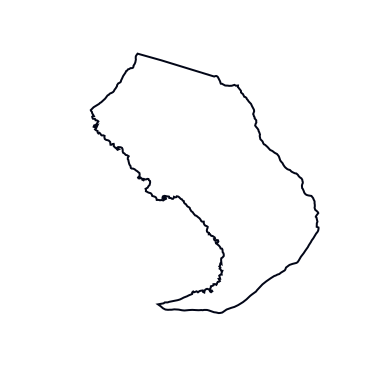 Naviraí, Mato Grosso do Sul, Brazil (Albers equal-area conic projection), rotated 30°
{"feature_id": "56859067B65358919178555", "entity_name": "Naviraí", "entity_type": "district", "adm_level": 2, "iso_a3": "BRA", "parent_name": "Brazil", "parent_adm1": "Mato Grosso do Sul", "projection": "albers", "projection_center": [-54.032, -23.101], "detail": "fine", "context": "isolated", "style": "outline", "palette": "ink", "viewbox_px": 384, "rotation_deg": 30, "n_neighbors": 0, "source": "geoboundaries", "source_scale": "gbopen_adm2", "svg_char_len": 6035}
<svg xmlns="http://www.w3.org/2000/svg" viewBox="0 0 384 384"><g transform="rotate(30 192 192)"><path d="M294.3,252.9L295.1,250.9L297.2,246.2L297.4,244.5L299.2,236.8L301.0,232.2L303.4,227.1L305.3,223.5L306.2,222.6L307.2,220.9L308.6,219.4L309.4,217.3L311.4,213.7L311.6,212.7L311.2,210.4L312.9,206.4L315.0,204.0L317.8,201.3L318.5,200.1L318.7,198.1L318.7,193.6L319.3,189.2L319.5,185.9L319.9,181.8L319.8,179.8L320.0,175.6L319.9,174.1L320.2,171.5L320.3,165.7L320.6,164.4L320.6,162.5L320.0,160.6L319.3,159.5L317.4,159.8L315.7,156.6L315.5,155.0L313.3,152.7L312.6,151.9L311.6,151.6L311.5,150.3L311.9,147.1L311.2,146.6L309.9,146.2L307.6,145.8L306.7,145.0L306.0,144.3L305.6,143.1L305.0,142.1L304.4,141.2L303.7,140.4L303.1,139.2L302.3,138.4L301.1,137.7L300.1,136.8L297.4,135.7L294.5,136.8L292.9,137.2L291.5,137.2L290.4,136.8L289.5,136.4L288.4,135.4L286.5,134.0L285.5,133.6L284.1,131.7L283.6,130.2L283.5,129.0L283.0,128.0L282.2,127.3L281.4,126.3L280.0,125.5L278.4,125.4L277.4,125.2L276.2,124.8L275.1,124.2L273.1,123.8L272.2,124.2L271.4,124.4L268.6,124.6L267.5,124.5L266.6,124.2L265.7,124.0L264.3,124.4L263.0,124.5L260.6,124.1L259.4,123.7L257.2,122.6L256.1,121.8L253.9,121.1L252.6,120.5L250.1,118.3L249.2,117.6L246.7,116.6L243.9,116.7L241.2,116.3L238.6,116.5L235.0,115.3L231.8,114.6L230.4,114.7L229.4,114.2L228.6,113.5L227.5,112.8L224.8,112.1L222.6,109.6L222.2,108.3L220.3,106.6L219.3,106.0L218.3,104.9L216.8,104.2L214.8,103.5L213.5,102.9L213.0,101.1L213.0,99.7L212.4,98.9L211.8,97.8L210.8,97.4L209.5,97.0L208.9,96.0L207.8,95.5L207.1,94.7L206.0,93.9L205.7,92.2L205.4,90.9L204.4,89.7L201.0,87.6L199.1,86.2L195.7,85.2L194.4,84.5L193.1,84.1L192.0,83.3L190.7,83.1L189.7,83.4L187.1,81.7L185.5,81.5L184.6,81.2L183.9,80.0L182.4,79.3L181.2,78.9L180.2,78.4L179.3,78.2L178.6,76.8L176.9,78.0L175.2,78.0L173.4,80.0L172.6,80.6L170.9,81.6L170.0,81.9L167.5,83.2L163.7,83.3L162.8,83.8L161.9,83.1L161.1,82.2L156.9,79.5L156.0,79.3L155.0,79.4L154.1,80.1L153.5,80.9L99.6,93.3L75.7,99.4L75.5,101.3L75.5,102.6L76.3,104.2L77.1,105.2L78.1,108.1L78.3,109.9L78.2,111.8L78.7,112.8L78.7,113.9L78.0,114.8L76.8,115.5L76.2,116.8L75.2,117.9L75.1,119.3L74.5,120.3L74.7,121.7L74.4,126.0L74.7,128.8L74.8,130.7L75.2,132.1L74.8,133.4L73.8,134.9L73.7,136.9L74.2,138.2L74.0,139.3L74.1,140.2L73.8,142.0L73.9,143.6L73.7,144.8L72.8,146.4L71.9,147.5L71.5,148.4L71.3,149.5L70.6,150.5L70.1,154.6L68.5,159.7L67.8,160.9L67.5,162.1L64.4,167.8L63.4,171.7L64.2,172.3L65.3,172.7L66.3,173.8L67.9,174.6L69.0,175.3L68.2,175.7L67.9,176.7L68.8,177.6L69.6,178.1L70.5,177.6L71.7,177.3L72.6,178.1L73.7,177.6L74.6,177.5L75.6,177.7L75.3,181.8L74.0,183.2L74.2,184.7L75.2,184.6L76.8,181.8L77.1,184.8L76.8,186.3L78.2,186.5L79.8,186.4L80.6,187.7L81.7,188.1L82.3,187.0L83.6,187.4L84.7,188.0L85.6,188.1L86.8,187.3L88.2,187.1L88.9,188.6L90.0,189.7L91.6,189.8L93.1,189.3L94.1,189.1L95.1,189.3L96.1,189.6L97.8,191.8L98.7,191.3L99.3,190.1L100.1,189.5L100.8,190.3L101.3,191.4L102.9,191.9L104.5,192.1L106.4,192.7L107.2,191.6L105.8,191.7L105.1,190.9L105.6,190.0L107.9,188.9L109.3,188.8L110.3,189.5L111.0,190.3L111.8,191.7L112.9,192.5L114.1,192.4L116.0,193.0L117.6,192.6L119.3,192.7L119.3,194.5L120.0,195.7L120.9,196.1L121.5,196.9L123.5,199.0L124.6,199.8L125.7,200.2L126.4,201.1L127.1,201.8L128.2,201.8L129.3,201.2L131.0,201.0L132.3,201.3L134.5,201.4L135.6,201.7L136.9,201.8L137.6,202.6L138.2,203.5L138.5,204.8L138.0,206.4L138.8,206.9L140.0,206.4L140.3,205.2L141.9,205.6L143.0,205.1L143.1,206.2L144.2,206.1L144.3,204.7L145.2,204.5L146.0,204.0L146.7,203.0L147.8,202.5L148.8,203.3L150.2,203.5L151.0,204.7L151.8,207.2L151.4,208.6L151.4,210.5L150.7,211.6L150.2,212.5L151.1,213.2L151.7,214.4L153.1,214.3L154.5,214.3L156.8,213.7L157.8,214.0L158.6,214.4L159.5,215.3L162.0,214.7L163.3,214.7L164.5,215.4L165.4,216.5L166.6,215.8L167.4,215.4L168.4,215.2L169.4,214.3L171.4,213.6L171.8,212.5L172.9,210.9L172.2,210.3L170.6,210.5L170.6,211.9L169.4,212.0L169.0,210.4L169.9,209.2L171.1,208.7L172.6,208.3L173.5,207.8L174.5,207.5L175.3,208.5L176.7,207.8L178.0,207.9L178.9,207.5L179.1,206.4L178.8,205.2L180.0,205.1L181.0,204.3L180.9,203.4L182.0,202.9L183.2,202.9L185.8,203.6L187.0,203.4L188.2,204.1L189.5,204.0L190.3,205.1L191.5,205.6L192.7,205.6L194.8,206.6L195.6,206.8L196.6,206.7L198.0,206.9L198.9,207.8L201.1,209.0L202.6,209.1L204.2,209.9L206.5,210.7L207.7,210.4L210.0,210.8L211.6,211.0L213.1,211.6L214.5,212.5L215.6,212.6L217.0,211.8L218.0,213.4L219.3,214.2L220.4,214.5L221.6,214.2L223.0,214.3L223.4,215.2L223.6,216.6L224.0,217.8L224.8,218.8L225.8,219.1L227.1,218.9L227.7,220.2L228.7,219.5L229.6,220.0L230.7,220.3L231.8,219.8L234.4,220.0L235.1,220.6L234.5,221.7L235.6,222.5L236.5,222.2L237.5,221.2L238.6,220.8L239.6,221.7L239.6,222.6L237.8,223.8L238.5,224.5L239.4,224.5L242.2,225.0L243.3,225.4L244.1,225.8L245.0,226.6L246.3,226.1L247.1,226.6L248.8,228.9L249.9,229.3L250.7,230.2L251.5,231.5L251.2,233.3L250.5,234.8L251.0,235.9L251.5,236.8L253.4,239.4L252.3,239.2L252.4,240.3L253.1,241.6L252.9,242.8L254.3,243.2L254.3,244.6L255.5,244.7L256.7,245.6L257.7,245.1L258.2,247.7L259.0,248.7L258.1,249.2L257.4,250.8L258.7,252.0L259.8,253.1L258.6,253.9L260.7,255.2L260.1,256.4L259.3,256.9L259.2,257.9L259.5,258.9L259.5,260.2L258.0,260.2L256.7,261.1L257.3,262.0L256.5,263.2L255.5,264.2L256.1,265.4L256.0,266.6L256.2,268.1L254.9,268.0L253.5,268.3L252.8,269.1L252.4,269.9L252.2,271.0L252.9,272.9L251.5,273.0L250.5,271.9L249.0,273.1L248.1,274.0L247.3,275.9L245.7,275.7L243.8,277.9L242.8,277.6L242.4,278.9L243.1,280.3L240.7,283.4L240.0,284.6L237.5,287.7L236.8,288.9L235.3,291.1L233.7,292.8L227.2,298.5L226.2,299.7L223.6,301.3L223.1,302.6L218.7,306.3L221.9,306.6L225.0,307.2L227.7,307.1L229.8,306.2L233.4,304.0L235.3,302.5L239.3,300.5L242.5,299.4L244.7,298.4L248.5,295.7L251.1,294.0L256.8,291.1L259.2,289.5L260.4,289.0L261.4,288.1L263.3,287.0L264.4,286.5L266.0,286.1L271.2,285.1L273.1,284.3L275.7,283.5L277.1,282.5L278.5,281.2L280.7,276.5L284.0,272.6L286.2,270.3L288.5,266.9L291.2,261.9L292.9,257.7L294.3,252.9ZM256.2,268.1L257.3,267.9L258.3,267.4L259.2,267.8L258.6,269.2L257.4,269.1L256.2,268.1Z" fill="none" stroke="#020617" stroke-width="2"/></g></svg>